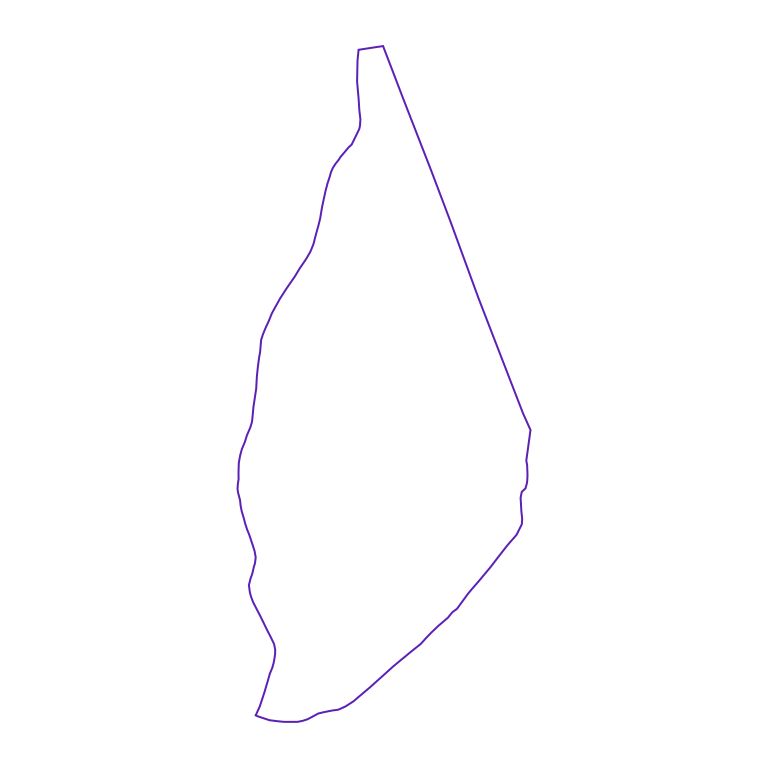 Hewanorra Orchard, Laborie, Saint Lucia
{"feature_id": "8701671B2397405829195", "entity_name": "Hewanorra Orchard", "entity_type": "district", "adm_level": 2, "iso_a3": "LCA", "parent_name": "Saint Lucia", "parent_adm1": "Laborie", "projection": "orthographic", "projection_center": [-60.973, 13.745], "detail": "fine", "context": "isolated", "style": "outline", "palette": "violet", "viewbox_px": 768, "rotation_deg": 0, "n_neighbors": 0, "source": "geoboundaries", "source_scale": "gbopen_adm2", "svg_char_len": 2372}
<svg xmlns="http://www.w3.org/2000/svg" viewBox="0 0 768 768"><path d="M255.7,715.4L258.0,716.4L269.5,720.2L276.5,721.1L284.3,721.9L297.4,721.9L300.8,721.2L303.2,720.7L306.1,719.7L307.3,719.4L309.2,718.4L318.3,713.5L321.2,712.8L323.7,712.2L328.1,711.3L332.3,710.5L338.3,709.7L345.8,706.3L346.8,705.6L353.6,701.2L358.5,697.0L370.0,687.3L378.7,679.5L393.0,666.6L401.4,659.6L405.7,656.1L409.8,652.7L413.5,649.7L420.9,643.8L425.8,638.3L431.5,632.4L438.1,626.1L448.0,617.6L450.3,614.7L452.5,612.1L457.0,608.8L468.1,593.6L472.2,588.7L477.9,582.2L485.1,573.6L490.6,567.0L496.8,558.9L506.6,546.3L509.8,542.5L516.5,534.9L521.8,524.3L522.2,518.8L521.8,515.3L521.4,511.6L520.6,497.7L520.9,496.2L521.8,491.8L525.5,488.4L526.9,483.2L527.2,481.2L527.5,475.3L527.2,466.7L527.1,464.8L526.7,462.8L526.3,460.6L530.5,430.0L523.0,413.3L478.4,297.9L450.5,221.6L431.4,171.1L402.4,96.6L390.6,65.7L384.4,49.6L383.1,46.1L377.5,46.9L358.6,49.8L358.1,54.6L357.5,60.6L357.1,81.7L357.9,90.7L358.6,98.5L359.3,109.6L359.5,111.5L360.4,119.3L360.0,125.6L359.3,128.9L356.9,133.9L351.7,144.5L350.0,146.1L348.5,147.5L340.3,157.2L339.0,159.4L335.5,163.8L332.8,168.0L331.1,171.9L330.4,174.3L329.7,176.8L327.3,184.1L326.8,186.3L325.8,189.8L324.0,198.0L322.0,207.4L320.4,217.1L320.1,218.7L318.5,225.3L317.1,230.2L315.2,237.2L313.6,243.7L311.6,248.7L310.3,251.8L308.2,255.4L306.6,258.3L302.1,264.9L299.7,268.4L294.9,276.4L290.6,282.6L286.1,289.1L279.9,298.8L276.8,304.4L275.8,306.1L271.8,313.5L268.9,320.7L265.5,328.1L262.8,334.7L261.8,338.0L261.1,340.0L261.0,341.5L260.1,352.1L259.0,358.2L257.9,366.6L256.9,376.2L256.2,388.7L254.9,397.3L253.4,407.3L252.5,417.3L252.0,421.9L251.6,423.2L250.3,427.5L246.9,435.4L244.9,441.9L241.8,449.3L240.1,455.7L239.0,461.8L238.8,463.2L238.5,472.7L238.6,479.2L237.9,483.6L237.5,489.0L238.2,493.1L240.0,500.0L240.3,502.4L240.6,505.6L241.7,511.2L244.1,519.3L245.0,523.0L247.2,529.8L249.0,534.1L251.3,540.9L252.8,545.4L254.6,551.1L255.7,557.3L255.0,563.2L253.8,567.1L252.8,571.6L252.2,574.0L251.6,575.7L250.6,578.3L248.9,585.2L249.5,589.6L249.9,592.5L251.1,596.9L253.3,602.6L256.9,609.5L260.1,615.7L263.7,623.0L264.7,625.1L266.1,628.0L268.3,632.4L270.6,636.8L274.1,644.1L275.2,649.7L275.1,653.8L274.5,658.3L273.7,662.7L272.6,666.6L272.2,668.1L269.9,673.5L267.5,681.9L264.5,692.1L259.8,706.4L258.7,708.8L257.0,712.5L255.7,715.4Z" fill="none" stroke="#5b21b6" stroke-width="2"/></svg>